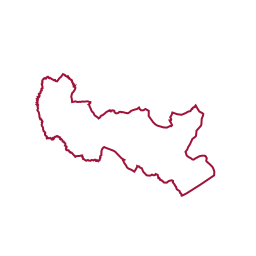 Bawku Municipal, Upper East, Ghana (Robinson projection), rotated 132°
{"feature_id": "2480657B67017614982997", "entity_name": "Bawku Municipal", "entity_type": "district", "adm_level": 2, "iso_a3": "GHA", "parent_name": "Ghana", "parent_adm1": "Upper East", "projection": "robinson", "projection_center": [-0.204, 11.042], "detail": "fine", "context": "isolated", "style": "outline", "palette": "rose", "viewbox_px": 256, "rotation_deg": 132, "n_neighbors": 0, "source": "geoboundaries", "source_scale": "gbopen_adm2", "svg_char_len": 5958}
<svg xmlns="http://www.w3.org/2000/svg" viewBox="0 0 256 256"><g transform="rotate(132 128 128)"><path d="M165.7,215.3L166.7,215.0L167.4,215.2L167.5,214.5L167.4,214.1L168.2,214.1L168.1,213.4L168.6,213.1L169.5,213.1L169.6,212.9L169.3,212.7L169.6,212.5L170.0,212.6L169.8,212.2L170.3,211.9L170.5,211.5L170.8,211.5L170.8,210.9L171.2,211.0L171.5,210.3L171.8,210.7L171.9,209.9L172.8,209.4L173.7,207.8L175.0,207.6L175.5,207.1L176.0,204.9L178.3,201.7L179.0,201.4L180.3,198.9L180.1,198.6L179.6,198.6L180.3,195.9L180.9,195.6L181.0,195.9L181.4,195.9L181.5,195.3L183.4,194.3L184.0,193.5L184.2,192.4L184.8,191.1L185.7,190.3L186.8,188.6L186.6,187.6L186.9,186.9L186.9,186.3L187.1,186.0L187.8,185.9L188.6,185.1L188.8,184.3L188.6,182.8L188.7,182.5L190.1,181.5L190.1,181.2L188.9,180.9L188.6,179.8L187.5,179.3L187.4,177.5L187.6,177.0L187.3,176.6L187.1,177.0L186.7,176.6L186.6,177.4L186.0,177.4L185.9,176.8L185.4,176.7L185.1,176.2L184.5,176.6L184.0,176.5L183.7,176.2L183.3,176.3L182.9,175.9L182.4,175.8L182.3,175.6L181.8,175.6L181.3,175.1L181.5,174.6L181.4,174.2L181.0,174.1L180.8,173.5L180.9,172.9L180.5,172.4L180.6,172.2L180.9,172.2L180.8,171.8L181.4,171.2L181.2,171.1L181.3,170.7L180.9,170.8L180.8,169.5L181.1,168.4L181.3,168.0L181.6,167.9L181.7,167.5L181.1,166.6L181.6,166.0L181.4,165.2L181.4,164.3L182.4,163.3L183.2,163.1L183.0,162.4L183.0,161.8L183.3,161.8L183.4,161.6L183.0,161.2L183.1,160.9L183.7,160.9L184.4,160.3L185.0,160.2L185.0,159.7L185.4,159.6L185.6,159.1L185.4,158.5L184.4,157.4L184.6,157.1L184.4,156.7L184.8,155.7L184.6,155.3L184.9,154.9L184.8,154.3L184.4,154.3L184.4,153.7L184.0,153.3L184.5,149.9L184.3,148.8L184.7,147.9L183.3,147.4L181.2,145.3L180.3,144.8L179.1,143.7L179.8,143.2L180.0,142.9L179.7,142.6L179.8,142.1L180.6,141.5L180.7,140.9L181.1,140.5L180.6,139.7L180.6,138.3L180.3,137.2L179.8,136.9L179.5,136.9L178.6,136.4L178.5,135.5L177.6,134.1L177.1,133.8L176.3,133.8L175.2,132.3L175.1,131.8L173.9,131.6L173.3,130.8L173.7,130.5L173.9,129.6L173.5,129.2L172.8,129.0L172.7,128.6L172.4,129.0L172.2,128.9L171.6,127.7L170.8,127.6L169.0,128.7L168.5,128.6L168.3,129.3L167.4,129.8L166.0,129.6L165.5,130.0L164.8,130.9L163.9,131.3L163.3,132.0L162.1,132.7L160.2,133.2L158.9,133.2L158.0,132.9L157.9,132.1L154.6,123.6L154.2,121.7L154.8,113.1L154.7,111.7L154.2,109.5L155.4,110.0L156.7,106.7L157.2,104.0L157.9,102.7L157.9,100.7L156.8,97.5L156.2,94.1L152.7,94.7L150.5,95.3L150.1,95.7L149.7,94.6L149.2,94.2L149.1,93.9L149.4,93.6L149.4,92.6L148.7,90.8L150.3,87.4L150.7,82.5L149.0,80.1L147.8,79.3L146.6,79.0L146.3,78.2L146.2,77.7L145.7,77.0L144.9,76.5L144.3,76.6L144.1,76.3L143.6,76.5L143.0,74.5L143.8,73.3L145.0,72.0L145.0,71.7L144.2,71.4L144.3,70.7L145.1,69.4L145.0,69.0L144.3,68.2L144.5,66.6L144.2,66.0L144.5,65.3L144.4,64.7L142.7,62.6L141.5,62.5L139.7,62.0L137.7,60.6L137.6,60.0L137.3,59.8L137.2,59.4L137.2,59.1L138.4,58.2L138.9,55.3L139.3,54.8L139.5,53.9L139.5,53.0L140.1,52.3L140.2,51.7L140.6,51.4L140.9,50.7L140.4,47.6L140.5,47.1L141.3,46.1L141.4,45.6L141.2,44.9L141.4,44.0L142.0,43.6L142.4,42.9L141.8,42.4L137.3,40.7L121.3,36.2L105.6,32.3L102.7,34.6L101.0,37.6L100.5,38.9L100.3,40.8L100.2,43.1L100.3,46.9L100.1,47.9L97.7,49.3L97.6,50.2L97.1,50.9L97.0,51.9L97.8,53.1L99.2,54.6L101.0,55.9L105.5,57.6L107.5,58.0L108.3,59.2L108.4,61.2L109.0,63.2L109.2,65.6L108.7,67.0L108.0,67.7L107.3,69.3L104.2,69.6L102.0,70.5L98.9,71.0L93.1,72.8L89.0,72.1L88.2,72.3L84.1,75.3L77.5,75.3L76.2,75.9L71.8,79.4L69.0,80.4L67.2,81.4L67.1,82.2L68.0,86.0L67.3,88.7L65.9,92.9L66.2,92.9L66.9,92.3L67.3,92.6L67.5,92.3L68.5,92.8L68.7,93.1L69.7,93.4L70.4,93.0L70.7,93.1L71.1,93.0L71.4,93.4L73.7,92.9L75.6,94.3L78.2,95.1L82.3,97.0L84.8,100.6L86.8,105.4L89.4,104.2L91.8,103.8L92.5,101.8L93.2,101.3L93.6,101.2L94.5,102.2L95.1,100.8L95.5,99.2L96.5,97.1L97.8,97.1L98.1,97.9L101.7,99.4L103.8,102.0L106.6,107.9L107.0,110.2L106.9,113.1L105.6,119.0L105.3,120.6L101.4,124.0L102.2,127.8L104.3,128.3L105.0,128.9L106.1,130.1L106.1,131.8L105.4,133.5L107.8,133.9L109.6,135.2L113.2,137.2L115.1,137.3L117.2,138.0L118.4,140.0L120.0,143.0L120.6,143.3L120.8,143.8L121.1,144.6L121.8,145.2L123.2,145.3L124.1,145.8L124.7,146.3L125.3,147.1L125.2,148.6L124.4,149.8L125.2,151.3L126.0,151.5L126.1,151.9L126.7,152.0L127.0,152.6L127.3,152.3L127.5,152.9L127.1,153.5L130.7,154.8L133.0,155.0L135.7,155.5L136.7,156.2L137.6,156.2L138.7,155.8L140.6,156.3L140.4,157.4L140.9,160.9L140.8,161.6L139.8,164.0L139.9,165.7L139.2,167.5L138.8,168.1L137.7,170.9L136.6,172.5L136.8,173.0L134.4,172.8L133.9,173.3L134.4,173.9L135.1,175.7L138.4,178.9L138.9,179.8L140.2,180.5L141.0,181.6L142.2,182.6L142.9,183.7L143.4,184.9L146.1,186.9L144.1,189.1L142.6,191.2L139.8,192.7L139.1,192.9L137.6,192.7L136.6,193.0L135.2,193.1L133.9,193.6L133.8,193.9L133.1,194.3L133.4,195.4L132.7,195.6L133.0,195.7L132.9,195.9L133.2,196.2L132.6,196.4L132.7,196.8L132.1,196.9L131.9,197.6L131.6,197.8L131.6,198.2L132.0,198.5L131.3,199.5L131.4,200.1L131.1,200.5L130.6,200.8L130.5,201.3L130.2,201.5L130.4,201.9L130.3,202.1L130.3,202.3L130.2,202.4L130.4,202.8L130.2,203.1L130.7,204.6L130.3,205.0L130.6,205.2L130.6,205.8L130.2,205.8L130.2,206.3L130.5,206.2L130.5,206.3L130.2,206.4L130.2,206.7L129.7,207.0L129.7,207.3L130.3,207.4L130.3,207.7L130.8,207.9L130.9,208.9L131.1,209.4L130.8,210.1L131.1,210.4L131.1,211.2L131.5,212.4L134.7,212.0L136.6,212.3L140.7,211.9L141.6,213.3L141.1,214.4L142.2,215.2L142.3,216.5L142.7,217.7L142.7,218.4L143.0,219.1L143.4,219.4L143.1,219.8L143.8,220.4L143.4,221.7L143.8,222.1L144.1,222.0L144.5,222.2L145.0,222.1L145.6,222.3L146.0,222.0L146.2,222.3L146.1,222.9L146.8,223.3L147.0,222.9L147.8,223.7L149.8,223.5L150.7,223.1L150.8,222.5L151.2,222.2L151.7,222.1L152.1,221.6L153.0,221.6L153.1,221.0L153.4,220.9L153.9,220.2L154.3,219.5L155.5,218.2L156.2,218.5L156.6,218.5L157.3,217.7L157.4,218.1L158.1,217.6L159.5,217.4L159.9,216.7L160.7,216.4L161.7,217.0L162.1,216.8L162.4,217.0L162.9,216.4L163.0,215.9L162.9,215.5L163.4,215.1L164.0,215.3L164.5,214.8L165.4,214.8L165.1,215.8L165.3,216.0L165.7,215.3Z" fill="none" stroke="#9f1239" stroke-width="2"/></g></svg>